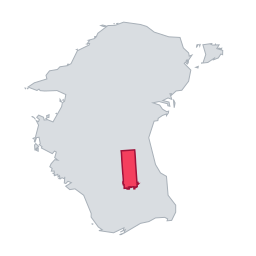 location of Laverton, Western Australia, Australia, rotated 266°
{"feature_id": "25037944B80817080024086", "entity_name": "Laverton", "entity_type": "district", "adm_level": 2, "iso_a3": "AUS", "parent_name": "Australia", "parent_adm1": "Western Australia", "projection": "mercator", "projection_center": [123.06, -27.938], "detail": "fine", "context": "in_parent", "style": "filled", "palette": "rose", "viewbox_px": 256, "rotation_deg": 266, "n_neighbors": 0, "source": "geoboundaries", "source_scale": "gbopen_adm2", "svg_char_len": 5121}
<svg xmlns="http://www.w3.org/2000/svg" viewBox="0 0 256 256"><g transform="rotate(266 128 128)"><path d="M179.6,37.7L182.6,50.5L186.3,49.9L190.5,53.7L191.3,61.6L193.8,64.4L194.4,71.8L196.2,75.7L208.6,82.9L213.5,95.0L215.0,95.6L215.2,93.4L217.9,95.6L218.3,94.6L219.5,100.7L221.1,102.6L224.6,104.5L231.6,115.1L231.3,122.3L233.9,131.0L230.4,147.6L228.0,153.8L221.8,160.9L216.1,175.1L214.7,186.2L204.0,188.8L198.7,193.7L195.4,194.1L196.3,196.9L191.1,192.8L191.9,191.9L191.5,190.9L190.6,190.8L188.8,192.6L187.6,191.5L189.7,189.9L188.5,188.6L181.4,194.7L170.4,191.7L161.9,184.3L161.6,178.6L157.6,173.5L159.3,173.7L159.3,172.2L153.5,173.7L155.2,170.0L153.0,164.6L151.0,170.7L146.8,171.3L147.4,169.3L149.4,169.3L152.2,160.9L151.4,154.6L148.6,161.2L144.4,163.7L141.6,167.7L142.0,169.7L140.3,169.4L137.6,167.2L139.3,167.2L138.1,163.2L135.5,158.8L133.3,158.3L133.0,154.5L116.9,148.0L89.6,152.9L80.9,157.3L77.1,163.0L58.1,163.3L47.7,170.2L40.7,169.7L32.8,165.1L32.7,160.5L34.6,161.2L36.3,158.4L36.4,149.2L33.2,142.3L32.0,133.8L23.3,116.4L26.7,118.2L24.7,113.0L26.1,116.1L28.7,117.0L24.5,106.3L27.7,91.8L28.3,95.2L31.3,91.5L41.7,85.0L45.3,85.3L64.0,79.1L71.0,70.9L70.6,65.6L74.3,61.8L77.4,67.7L79.0,64.4L77.0,62.1L77.6,60.6L83.7,61.6L81.8,61.0L83.0,58.7L81.9,56.7L85.2,56.4L84.0,54.9L86.7,54.7L85.8,52.5L88.1,50.0L88.3,51.5L90.2,51.3L90.3,48.5L93.0,49.5L94.8,47.3L97.7,48.8L101.5,52.7L100.8,55.8L103.5,52.8L109.0,54.8L110.1,53.1L107.7,50.7L114.1,40.2L115.4,40.9L117.6,38.3L118.4,39.4L125.0,38.6L124.8,36.1L120.4,34.2L121.1,33.6L137.1,39.0L141.8,37.0L140.6,39.1L142.6,40.2L145.0,37.7L147.1,39.8L144.6,44.5L141.8,44.9L141.9,48.3L139.3,53.6L153.9,63.3L157.8,64.3L159.1,66.6L165.7,68.3L170.3,59.8L170.7,47.6L171.4,43.0L173.0,41.9L171.8,39.8L175.8,31.1L179.6,37.7ZM187.6,207.3L195.9,210.7L205.8,208.5L206.5,218.0L205.8,216.3L204.8,218.3L204.6,224.7L201.0,222.1L198.8,227.9L194.5,227.5L195.3,225.8L191.6,223.0L190.1,218.1L191.7,219.0L187.8,212.2L187.6,207.3ZM112.9,33.6L117.5,33.6L118.9,34.9L115.9,37.6L112.9,33.6ZM145.0,175.5L153.2,175.3L149.7,176.7L145.0,175.5ZM145.9,47.6L146.8,50.2L143.9,49.8L144.4,47.9L145.9,47.6ZM231.1,113.9L230.9,110.7L232.1,108.0L232.5,109.9L231.1,113.9ZM203.5,201.8L206.2,202.6L206.3,203.9L203.5,201.8ZM112.4,34.4L114.1,37.0L111.1,36.8L112.4,34.4ZM184.6,202.4L183.0,202.0L183.8,199.8L184.6,202.4ZM161.4,62.2L160.0,63.0L158.6,63.4L159.3,62.0L161.4,62.2ZM23.3,115.6L22.2,114.1L22.1,112.6L22.3,112.5L23.3,115.6ZM205.7,205.1L206.8,206.0L204.7,205.3L205.7,205.1ZM220.5,101.1L221.5,101.1L221.5,102.5L220.5,101.1ZM194.8,71.7L196.0,72.5L195.8,73.0L194.8,71.7ZM200.9,225.5L201.1,227.1L200.0,226.6L200.9,225.5ZM233.0,123.5L233.1,125.3L232.9,125.3L233.0,123.5ZM124.6,33.5L123.8,32.8L124.3,32.5L124.6,33.5ZM146.0,33.7L144.9,35.0L146.2,32.7L146.0,33.7ZM233.1,121.4L232.6,121.9L233.0,121.3L233.1,121.4ZM147.7,57.6L147.1,57.9L147.4,57.2L147.7,57.6ZM143.6,47.5L142.8,47.7L143.3,46.8L143.6,47.5ZM35.0,85.0L34.8,86.2L34.4,86.1L35.0,85.0ZM174.4,30.5L174.4,31.4L174.1,30.7L174.4,30.5ZM190.6,191.4L190.8,192.1L190.5,191.9L190.6,191.4ZM144.6,35.3L143.1,36.2L144.7,35.1L144.6,35.3ZM85.9,51.2L85.3,51.8L85.7,51.1L85.9,51.2ZM201.5,224.4L201.0,224.7L201.3,224.1L201.5,224.4ZM160.8,65.4L159.9,65.3L160.4,64.8L160.8,65.4ZM82.8,55.9L82.4,56.3L82.4,55.5L82.8,55.9ZM205.6,221.1L204.8,221.5L205.0,220.7L205.6,221.1ZM175.0,28.1L174.9,28.7L174.4,28.4L175.0,28.1ZM190.2,192.3L190.9,193.0L189.7,192.8L190.2,192.3ZM210.1,82.9L209.6,82.9L209.8,82.2L210.1,82.9ZM214.7,93.3L214.4,93.3L214.6,92.8L214.7,93.3ZM187.9,206.1L187.7,206.7L187.5,206.0L187.9,206.1Z" fill="#d9dde1" stroke="#a8b0b8" stroke-width="1"/><path d="M105.7,119.6L103.6,119.7L102.2,119.7L96.1,119.6L92.4,119.6L88.8,119.6L84.9,119.6L83.1,119.6L82.9,119.6L82.7,119.6L82.4,119.6L82.2,119.6L81.9,119.7L81.7,119.7L81.4,119.7L81.2,119.7L80.9,119.7L80.7,119.7L80.4,119.7L80.2,119.7L79.9,119.7L79.7,119.7L79.4,119.7L79.2,119.7L78.9,119.7L78.7,119.7L78.3,119.7L78.2,119.7L77.9,119.7L77.7,119.7L77.4,119.7L77.2,119.7L76.9,119.7L76.7,119.7L76.4,119.7L76.2,119.7L75.9,119.6L75.7,119.6L75.4,119.6L75.2,119.6L74.9,119.6L74.7,119.6L74.7,119.3L74.4,119.3L74.3,119.1L74.2,119.1L73.9,119.1L73.7,119.1L73.4,119.1L72.8,119.1L72.8,119.5L71.6,119.5L71.6,120.1L69.6,120.1L68.1,120.0L68.1,122.8L67.4,122.8L67.4,123.0L67.2,123.0L67.1,123.8L67.1,124.9L67.4,124.9L67.5,124.9L67.5,125.1L67.8,125.1L68.0,125.1L68.1,124.9L68.1,124.7L68.7,124.7L69.0,124.5L69.2,125.8L68.6,125.8L68.6,127.4L69.0,127.4L69.0,128.6L69.0,128.9L69.0,129.0L69.0,129.4L69.0,129.8L68.6,129.8L68.4,129.8L68.2,129.8L68.2,129.7L67.2,129.7L66.9,129.7L66.9,130.5L67.1,130.5L67.4,130.5L68.1,130.6L68.1,131.3L68.4,131.3L68.4,131.8L68.4,132.1L68.6,132.1L68.8,132.1L68.8,132.5L68.9,132.9L68.9,133.1L69.0,133.1L69.5,133.1L70.2,133.1L70.4,133.1L71.3,133.1L71.3,133.3L71.3,133.5L71.3,133.4L71.3,133.5L71.4,133.4L71.4,133.5L71.4,133.4L71.4,133.5L71.4,133.8L71.5,133.8L71.5,134.0L71.7,134.3L71.7,134.1L73.1,134.1L73.1,133.5L73.2,133.1L73.8,133.1L75.1,133.1L77.1,133.1L79.7,133.1L83.9,133.1L85.4,133.1L88.7,133.1L92.0,133.1L92.6,133.1L97.1,133.2L103.1,133.2L105.7,133.1L105.7,127.7L105.7,119.6Z" fill="#f43f5e" stroke="#9f1239" stroke-width="1.5"/></g></svg>